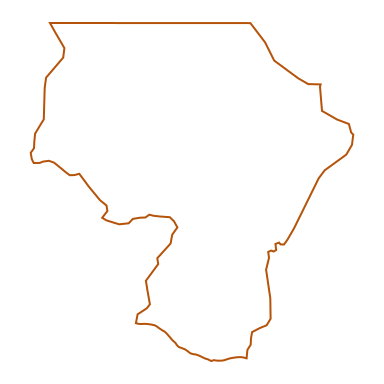 the district of Gambo, Mbomou, Central African Republic
{"feature_id": "33826404B57857240211029", "entity_name": "Gambo", "entity_type": "district", "adm_level": 2, "iso_a3": "CAF", "parent_name": "Central African Republic", "parent_adm1": "Mbomou", "projection": "orthographic", "projection_center": [22.185, 4.592], "detail": "fine", "context": "isolated", "style": "outline", "palette": "amber", "viewbox_px": 384, "rotation_deg": 0, "n_neighbors": 0, "source": "geoboundaries", "source_scale": "gbopen_adm2", "svg_char_len": 1733}
<svg xmlns="http://www.w3.org/2000/svg" viewBox="0 0 384 384"><path d="M320.6,84.4L308.2,84.1L298.2,78.3L274.2,60.6L265.1,42.4L250.4,23.1L50.0,23.0L54.5,31.1L64.4,48.1L63.2,57.6L46.1,77.6L44.7,87.8L43.8,119.3L35.1,133.6L34.3,141.9L34.0,148.2L30.7,152.9L31.8,159.1L32.8,161.2L33.7,163.0L39.8,162.9L43.0,161.6L48.9,160.8L54.0,162.6L58.6,166.3L65.0,171.6L69.7,175.2L74.3,175.1L79.3,173.8L88.8,186.6L100.0,200.2L106.5,205.5L107.4,211.0L102.2,217.8L106.5,220.4L119.1,224.3L128.7,223.3L132.8,218.9L140.0,217.7L145.4,217.5L149.3,214.7L153.7,215.8L160.0,216.5L169.8,217.2L174.0,221.3L177.4,227.4L172.2,234.7L170.6,243.5L157.3,258.2L158.2,264.1L145.9,280.8L147.6,291.4L149.9,304.3L146.9,308.2L142.1,311.4L137.6,314.3L135.9,323.2L138.3,323.8L140.7,324.0L143.3,323.9L145.3,323.9L147.3,324.0L149.7,324.3L151.6,324.6L154.4,325.2L156.3,326.1L159.0,328.1L162.6,330.5L164.6,331.6L166.4,333.2L168.4,335.5L170.6,338.0L172.1,339.9L174.0,341.6L175.5,343.0L176.8,345.0L178.6,346.9L184.7,349.2L187.4,351.0L189.2,352.4L190.9,353.5L193.4,354.2L195.5,354.4L198.3,355.3L201.2,356.6L203.2,357.6L205.3,358.6L208.1,359.4L210.3,360.6L211.6,361.0L212.8,360.4L214.2,360.2L216.7,360.6L219.0,360.7L222.1,360.6L223.7,360.3L225.6,359.8L228.1,358.9L230.8,358.2L234.2,357.6L237.7,357.2L240.7,357.1L243.1,357.4L246.6,358.3L247.4,349.9L250.7,344.7L251.0,338.3L252.1,332.1L259.7,328.1L266.6,325.3L270.6,318.8L270.3,298.3L266.1,269.7L269.0,257.9L268.2,251.9L271.2,250.6L273.6,251.5L276.2,250.0L275.8,247.2L275.5,243.9L279.1,242.6L280.5,244.4L284.0,244.5L287.5,239.6L294.1,228.2L318.7,178.3L324.7,170.3L346.3,154.6L352.0,144.8L352.7,138.9L353.3,134.6L351.2,132.6L348.9,124.0L337.0,119.5L322.0,110.9L320.0,86.7L320.6,84.4Z" fill="none" stroke="#b45309" stroke-width="2"/></svg>